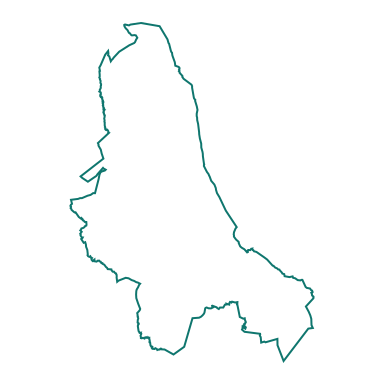 Ringerike nor, Buskerud, Norway (Albers equal-area conic projection)
{"feature_id": "86288312B88500439281521", "entity_name": "Ringerike nor", "entity_type": "district", "adm_level": 2, "iso_a3": "NOR", "parent_name": "Norway", "parent_adm1": "Buskerud", "projection": "albers", "projection_center": [9.963, 60.328], "detail": "fine", "context": "isolated", "style": "outline", "palette": "teal", "viewbox_px": 384, "rotation_deg": 0, "n_neighbors": 0, "source": "geoboundaries", "source_scale": "gbopen_adm2", "svg_char_len": 5943}
<svg xmlns="http://www.w3.org/2000/svg" viewBox="0 0 384 384"><path d="M71.0,199.8L72.0,203.8L70.9,204.8L70.4,205.9L70.9,206.3L71.1,207.0L70.6,208.1L71.4,209.1L71.6,209.9L74.1,212.1L75.4,212.8L75.7,212.5L78.8,217.0L81.5,219.0L81.7,218.3L82.7,219.3L83.0,220.4L83.7,220.6L84.7,221.9L86.3,222.0L86.5,224.7L86.3,225.6L84.8,226.3L84.6,226.9L83.5,227.8L81.4,228.5L80.9,229.8L80.3,230.4L81.7,231.8L80.2,233.8L80.7,234.4L80.5,235.4L80.9,236.1L81.9,237.5L82.7,237.5L82.4,238.1L81.2,239.0L83.7,242.8L85.2,242.2L85.9,244.5L86.1,246.8L87.3,249.9L87.8,254.4L87.5,255.2L88.1,256.2L89.4,256.9L90.3,256.3L90.5,256.9L92.0,258.0L91.3,258.7L91.6,259.4L91.6,259.8L92.6,261.0L94.4,259.6L94.4,260.1L93.8,260.7L94.0,261.2L96.6,261.6L97.7,260.7L99.2,260.7L99.5,261.4L100.7,261.7L101.3,263.0L102.4,263.1L102.5,263.8L104.3,264.7L105.9,266.9L107.1,267.9L107.7,269.1L111.4,269.4L111.6,270.3L112.7,271.7L114.0,271.7L114.9,272.9L116.1,273.5L116.2,274.4L116.6,274.8L116.7,276.4L116.6,277.5L117.2,281.8L118.6,280.6L125.7,277.8L128.6,278.3L131.7,280.1L134.1,280.9L136.3,282.2L137.7,282.5L140.1,283.7L139.1,284.9L138.1,287.2L136.7,289.5L136.3,291.1L136.1,294.5L136.3,298.1L138.1,303.5L140.2,308.9L139.9,309.9L139.2,310.9L137.2,313.1L137.5,314.2L137.6,316.2L137.9,316.4L137.7,317.0L138.2,318.1L138.2,318.8L137.8,319.7L137.6,322.6L138.1,323.2L138.5,323.2L138.8,323.9L138.1,324.7L138.1,325.2L137.8,325.9L138.5,330.6L138.8,331.6L139.2,331.8L139.6,332.9L140.8,332.7L140.7,333.0L141.3,333.8L140.5,335.8L140.9,337.0L140.9,338.1L141.8,338.3L143.0,337.8L144.5,338.6L144.8,338.4L145.0,337.5L146.2,337.2L146.8,337.9L147.7,337.9L148.0,337.3L148.6,337.9L149.3,337.8L149.3,339.6L149.7,340.1L149.7,341.1L149.5,341.7L149.8,342.0L149.7,342.3L150.1,342.4L150.5,345.4L151.1,346.4L151.8,346.4L152.5,347.0L152.3,347.8L151.9,348.1L152.4,348.8L154.5,349.0L155.3,348.2L156.7,348.9L157.3,350.0L158.2,349.6L159.0,349.7L160.7,348.6L161.1,348.7L161.0,349.3L164.6,349.5L173.5,354.5L184.2,346.8L192.5,318.2L199.1,317.7L200.9,316.8L202.6,315.3L204.0,313.6L204.5,312.4L205.2,308.4L205.6,307.9L206.6,307.5L208.6,308.3L211.0,308.4L212.4,307.7L212.2,307.6L212.4,306.9L212.1,305.8L212.3,305.7L216.6,307.3L217.4,308.2L218.8,309.0L220.0,307.5L223.3,307.5L224.9,304.7L226.5,304.5L226.4,303.7L229.2,304.6L229.4,303.0L230.0,302.0L231.1,302.5L231.2,302.1L231.8,302.2L232.1,301.7L235.1,302.5L237.4,302.1L237.3,303.9L236.9,303.9L237.0,304.6L237.4,304.9L239.8,317.0L243.3,318.7L244.7,318.3L244.9,319.8L245.8,322.0L245.5,322.2L245.4,323.0L244.6,323.6L244.9,323.9L244.7,324.5L244.4,324.9L244.0,324.6L243.6,325.2L245.8,327.3L245.3,328.7L242.6,326.8L242.5,328.5L242.0,329.6L244.5,331.8L260.1,333.8L260.2,334.4L259.8,335.6L260.7,337.1L261.2,342.6L264.3,341.6L265.5,342.3L277.4,338.9L277.5,345.2L283.6,361.0L308.3,328.6L312.8,328.0L311.5,325.1L311.3,318.9L310.3,315.4L308.7,311.7L305.9,306.5L313.4,298.3L313.3,297.5L313.6,297.0L313.3,296.4L312.2,295.6L311.9,294.8L312.0,294.0L311.3,292.8L312.6,292.0L312.1,290.6L311.2,290.2L310.0,288.5L306.8,287.9L305.6,286.9L302.4,279.9L301.3,279.9L300.5,280.4L297.7,280.1L295.2,278.3L293.1,277.8L292.6,276.4L289.5,277.1L284.6,276.2L284.2,274.1L282.4,273.6L281.8,272.5L279.6,270.1L279.4,269.6L278.1,269.4L277.0,268.3L275.2,267.6L273.5,265.8L272.7,265.7L267.1,259.5L264.0,257.2L256.4,251.9L254.0,251.3L253.5,250.4L252.8,250.1L252.8,249.7L252.1,248.9L252.2,248.6L251.2,248.8L250.3,250.1L248.2,250.0L247.7,250.5L247.9,252.0L247.1,252.4L244.4,249.3L241.7,247.7L240.2,246.4L238.7,243.0L238.8,242.5L238.6,241.8L236.1,239.6L234.1,236.9L233.9,236.3L234.0,235.2L233.7,234.5L234.0,232.2L235.5,228.6L236.7,227.1L225.8,210.6L219.4,197.1L217.0,193.1L216.0,189.8L215.8,188.1L214.4,184.6L211.2,180.8L209.6,176.4L209.1,175.6L208.6,174.2L206.9,171.9L203.9,166.0L204.0,165.7L203.9,165.0L204.2,164.3L204.0,164.0L202.9,156.2L202.8,153.8L202.5,151.9L201.3,147.6L201.2,143.6L199.9,138.6L199.2,134.2L199.1,132.1L198.1,123.9L197.2,120.1L197.1,117.5L196.7,116.1L196.7,113.7L197.5,109.9L196.8,106.4L195.1,100.8L195.3,99.9L194.1,98.5L193.8,97.4L192.1,87.7L192.1,86.1L191.5,84.7L183.6,78.8L182.3,76.9L182.5,76.4L182.4,75.9L179.6,72.8L179.7,72.3L179.5,71.8L178.9,71.2L179.4,70.5L179.0,69.7L179.5,68.9L179.3,68.7L179.4,67.7L178.6,66.9L175.3,65.7L174.8,62.2L172.7,56.4L172.3,55.1L172.0,52.7L171.4,52.1L170.9,50.9L169.1,43.8L168.5,43.0L167.5,39.4L159.6,26.2L141.0,23.0L130.3,24.6L129.0,25.4L125.0,24.5L124.2,25.0L124.5,26.4L125.7,28.3L127.5,30.1L128.9,32.8L129.8,33.2L131.0,34.8L131.9,35.4L134.6,35.1L135.9,35.4L137.3,37.8L136.1,39.6L135.1,42.0L134.2,43.0L129.4,45.2L119.2,51.7L113.6,57.7L113.0,58.7L111.9,59.7L110.8,61.3L109.3,56.4L108.0,55.3L108.3,54.4L108.4,53.3L108.1,51.0L105.2,54.7L100.6,65.3L99.3,67.6L99.9,70.7L99.6,70.7L99.4,71.3L99.7,74.7L99.7,76.7L99.3,77.5L100.1,79.0L99.9,79.5L100.6,80.9L100.4,82.9L101.1,84.1L101.0,85.5L100.8,85.7L100.7,86.9L100.8,87.8L100.5,88.6L99.8,89.7L99.8,91.2L99.4,91.6L100.7,92.4L100.9,93.2L100.4,94.5L100.8,94.9L100.2,95.6L100.2,96.0L100.8,97.0L101.8,96.9L102.0,97.5L101.9,97.9L102.3,98.1L102.1,98.9L102.8,100.3L102.5,100.6L102.5,101.4L103.1,101.2L103.4,102.0L103.0,102.3L103.1,103.6L102.8,103.7L103.2,105.0L102.9,105.4L103.2,105.7L103.1,106.8L103.6,107.3L103.5,108.2L103.9,108.3L103.8,109.0L104.1,109.1L104.0,109.5L104.3,109.7L104.1,109.8L104.3,109.9L104.1,110.1L104.3,110.2L103.5,111.8L103.8,112.1L103.8,112.8L103.6,112.9L104.0,113.6L103.9,113.9L104.3,114.6L104.4,115.4L104.8,115.5L104.5,117.5L104.2,118.4L104.6,120.3L104.4,121.6L104.7,122.2L104.6,122.4L104.7,122.8L104.7,125.4L105.0,126.6L104.9,127.0L105.2,127.2L105.3,127.9L105.1,128.9L105.8,129.9L106.3,130.1L106.9,129.5L107.8,130.3L108.4,131.6L108.2,132.6L108.9,132.9L97.9,143.1L98.5,144.4L98.5,145.7L100.8,149.7L101.7,153.6L103.4,158.6L80.6,176.4L82.2,177.9L87.9,181.7L96.5,175.8L97.4,174.3L103.0,167.9L103.5,168.5L105.7,169.7L104.9,170.5L101.5,171.6L100.4,172.5L99.5,174.6L98.6,179.2L95.0,193.2L93.2,193.1L90.6,194.9L87.6,195.7L82.0,198.1L80.2,198.1L78.1,198.9L71.0,199.8Z" fill="none" stroke="#0f766e" stroke-width="2"/></svg>